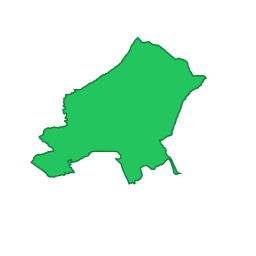 the district of Bumba, Équateur, Democratic Republic of the Congo, rotated 131°
{"feature_id": "63176286B7674321742221", "entity_name": "Bumba", "entity_type": "district", "adm_level": 2, "iso_a3": "COD", "parent_name": "Democratic Republic of the Congo", "parent_adm1": "Équateur", "projection": "robinson", "projection_center": [22.644, 2.675], "detail": "fine", "context": "isolated", "style": "filled", "palette": "green", "viewbox_px": 256, "rotation_deg": 131, "n_neighbors": 0, "source": "geoboundaries", "source_scale": "gbopen_adm2", "svg_char_len": 5902}
<svg xmlns="http://www.w3.org/2000/svg" viewBox="0 0 256 256"><g transform="rotate(131 128 128)"><path d="M128.4,59.2L128.7,60.1L129.0,60.6L129.2,61.1L129.1,61.8L128.8,63.1L128.3,63.8L127.2,65.9L125.8,69.3L124.2,72.7L122.8,76.2L122.8,76.9L123.0,78.9L122.9,81.1L122.7,81.6L122.4,82.0L122.3,82.6L121.6,83.6L121.4,83.8L120.7,83.9L119.6,85.1L119.1,86.4L119.0,87.3L119.3,88.8L118.5,90.4L118.5,92.3L116.4,96.3L115.9,96.1L115.4,95.6L115.2,94.8L114.2,94.1L111.6,93.7L109.9,93.3L108.6,92.8L105.9,91.4L105.2,90.7L104.2,90.7L103.0,91.3L100.8,93.1L99.5,93.0L97.6,94.5L96.9,94.6L96.1,94.9L95.4,95.0L94.8,95.3L93.5,95.4L92.8,96.0L92.2,96.2L91.9,96.4L91.1,96.4L90.4,97.1L89.2,97.5L88.6,98.0L86.2,98.1L85.7,98.7L85.3,98.9L84.9,99.5L83.8,99.4L82.2,99.9L81.5,99.9L79.5,101.1L78.5,101.0L77.8,101.3L77.3,102.0L77.0,102.2L76.2,102.1L75.9,102.3L75.5,102.4L75.0,102.8L74.2,103.0L72.6,103.8L71.7,104.2L71.1,104.1L70.5,103.9L69.8,104.0L69.7,104.2L68.4,103.6L68.2,103.6L67.3,104.6L66.8,104.7L66.6,104.9L65.9,104.6L63.8,104.2L63.1,104.3L62.3,104.7L61.7,104.3L61.2,104.3L59.7,104.9L58.2,104.2L57.3,104.1L56.8,103.8L55.5,103.8L54.7,103.1L53.9,103.0L52.8,102.3L52.5,101.9L52.1,101.9L51.6,101.5L51.3,101.8L48.3,101.3L48.0,101.0L47.5,101.1L46.0,101.9L44.2,101.7L43.6,102.0L42.9,101.9L42.4,102.5L42.2,102.6L41.5,102.2L41.2,102.4L40.4,102.3L39.5,101.8L38.9,102.4L38.6,103.9L38.7,104.4L40.2,106.8L40.6,107.0L41.8,108.3L42.1,108.9L43.1,110.1L43.7,110.5L44.7,111.5L45.0,112.2L46.0,112.9L45.3,115.5L44.7,116.6L44.2,119.1L43.5,119.9L41.8,123.6L40.4,125.0L39.7,126.5L39.6,127.7L39.6,128.9L40.2,130.9L40.7,132.2L42.0,134.9L42.0,135.4L43.0,135.8L44.3,136.6L45.0,136.9L45.0,137.2L45.2,140.4L45.3,144.8L45.3,153.7L45.7,158.7L45.9,159.8L46.8,160.4L47.5,162.1L48.2,163.1L49.0,165.2L49.1,168.2L49.4,169.1L50.3,169.7L51.1,170.5L52.3,171.1L54.3,173.4L54.4,173.8L53.9,175.2L53.7,176.6L53.7,178.2L53.4,179.2L53.6,179.8L55.4,180.0L57.1,180.1L59.1,179.7L60.3,179.6L60.5,179.4L61.6,179.2L62.0,179.3L62.8,179.4L64.5,179.1L66.0,178.3L68.0,177.9L69.1,177.4L72.0,177.0L73.7,177.1L74.3,177.3L75.3,177.0L76.0,177.0L80.2,176.6L81.2,176.2L81.3,176.4L82.8,176.1L83.9,176.1L85.0,176.4L85.5,176.3L88.3,176.8L90.0,177.3L90.3,177.5L92.7,177.6L94.7,178.4L94.7,178.5L96.9,178.8L97.7,179.1L99.8,179.3L101.5,180.1L101.5,180.3L101.8,180.5L102.9,180.5L103.4,180.8L104.2,181.7L105.8,182.1L107.2,182.2L107.2,182.6L108.4,182.6L111.1,183.2L112.0,183.3L116.8,184.8L119.2,185.8L119.4,186.2L124.8,187.4L127.4,188.5L129.0,188.5L129.8,188.9L131.0,189.7L134.4,193.5L134.9,191.8L135.5,191.4L136.3,192.2L137.3,192.2L137.6,192.3L138.3,193.4L138.6,193.5L139.8,193.3L140.6,193.7L141.2,194.5L142.1,195.0L143.5,196.8L143.9,196.8L144.5,196.4L145.5,195.1L146.2,195.0L147.8,195.8L148.4,195.2L149.2,194.1L149.6,193.8L150.5,193.8L150.9,193.5L151.7,191.8L152.1,191.3L152.6,191.2L153.5,191.5L153.9,190.9L153.9,189.9L153.7,189.0L154.1,188.2L154.4,187.9L155.1,187.9L155.7,188.3L156.3,189.1L156.8,189.1L157.3,188.6L157.8,187.5L158.1,187.1L159.0,186.5L159.1,186.3L159.1,185.8L158.8,185.5L158.8,185.2L157.7,184.4L157.6,184.2L157.7,183.8L158.2,183.3L158.7,183.1L159.4,182.3L160.0,181.9L161.5,182.1L161.6,181.7L161.2,180.3L161.3,179.8L161.8,179.2L162.4,179.1L163.6,180.3L163.9,180.5L164.3,180.4L164.5,180.0L164.1,178.8L164.5,177.1L165.1,176.7L165.4,176.0L165.8,175.8L166.7,175.8L167.7,176.5L168.3,176.5L168.4,177.3L169.2,177.5L169.8,178.2L170.8,178.6L172.1,180.1L172.9,180.3L173.5,180.7L174.0,181.3L174.4,182.4L175.3,183.2L175.6,184.1L175.9,184.4L177.4,185.2L178.2,186.2L179.3,186.3L179.8,186.9L180.1,187.4L180.2,188.3L181.2,188.9L181.8,189.0L183.3,189.7L184.6,189.7L185.3,189.7L187.5,188.2L188.9,187.6L192.7,189.3L193.0,188.4L193.6,187.6L193.4,186.3L193.6,184.7L194.0,183.9L192.9,181.1L193.0,179.9L192.7,178.3L192.8,177.6L193.4,176.9L193.5,175.3L192.9,173.0L192.8,171.6L193.2,170.3L193.7,169.6L194.2,169.2L194.6,169.3L195.8,170.5L197.3,171.4L197.5,171.9L198.1,172.5L198.6,172.8L199.8,173.0L201.7,174.2L202.0,174.5L202.8,174.5L203.1,174.6L203.5,175.3L203.9,175.5L204.8,176.2L205.4,176.4L206.0,177.3L206.3,177.6L206.8,177.7L207.3,178.5L207.7,178.8L208.6,179.3L210.1,179.5L211.1,179.4L212.3,179.5L213.4,178.8L214.3,178.5L217.4,178.5L216.1,165.0L215.7,161.0L216.7,157.2L216.2,155.1L214.4,153.1L214.0,152.1L213.4,151.5L211.9,151.0L209.3,149.0L208.9,148.9L208.0,148.0L206.8,147.2L206.1,146.5L205.6,145.2L203.8,145.1L203.6,145.3L203.3,146.1L203.0,145.3L202.0,143.6L201.6,143.2L200.8,142.8L200.0,143.3L199.7,142.6L199.2,141.8L198.7,141.8L198.4,141.6L197.4,139.8L197.0,139.5L196.7,139.7L196.2,141.0L196.2,141.9L196.0,143.3L195.1,144.5L195.1,145.0L195.6,146.3L195.5,147.1L195.1,147.6L194.7,147.7L194.0,147.7L193.3,147.1L193.0,147.2L192.9,147.4L193.1,148.2L192.9,148.8L193.1,149.9L192.9,150.9L192.3,151.5L191.0,151.6L190.7,151.4L190.3,150.9L189.9,149.7L189.5,149.7L189.1,150.0L189.2,149.5L190.1,149.2L190.5,149.7L191.0,149.8L191.2,149.7L191.4,149.0L191.4,148.7L189.1,146.5L187.5,145.3L186.0,144.5L183.7,143.9L183.6,143.7L182.1,143.3L180.5,142.6L179.4,142.4L178.3,141.9L175.0,139.9L173.7,139.8L173.3,140.0L172.9,140.8L172.0,140.1L170.8,140.1L169.8,139.7L168.2,138.6L166.6,136.9L154.6,123.0L153.4,121.4L152.7,119.4L152.8,118.7L153.3,117.3L153.2,115.5L154.3,114.5L155.1,113.9L156.1,113.9L157.6,114.7L158.6,115.8L159.1,117.6L159.4,115.1L159.6,109.4L160.4,108.4L162.3,105.6L165.8,98.3L166.9,95.2L169.3,90.5L168.5,90.5L167.4,89.3L166.4,88.8L166.0,86.9L165.7,86.6L165.0,86.6L164.6,86.9L163.8,88.1L163.0,88.4L160.7,85.9L159.7,85.6L158.4,85.5L156.6,85.6L155.1,86.0L153.8,86.9L150.7,91.9L149.4,92.3L147.9,92.0L146.4,91.4L144.3,89.8L143.6,88.4L143.7,83.0L142.5,81.7L141.6,81.1L140.7,81.1L138.5,81.6L137.6,80.7L136.2,80.1L135.8,80.1L134.3,79.3L133.4,78.6L132.4,78.1L128.1,78.1L126.4,77.9L125.4,77.6L124.8,77.2L124.5,76.3L125.8,72.8L127.4,70.7L128.1,69.0L129.1,67.4L130.2,65.9L131.1,65.0L131.6,64.3L131.8,63.4L131.8,62.2L131.4,61.3L130.6,60.7L129.5,60.2L128.4,59.2Z" fill="#22c55e" stroke="#15803d" stroke-width="1.5"/></g></svg>